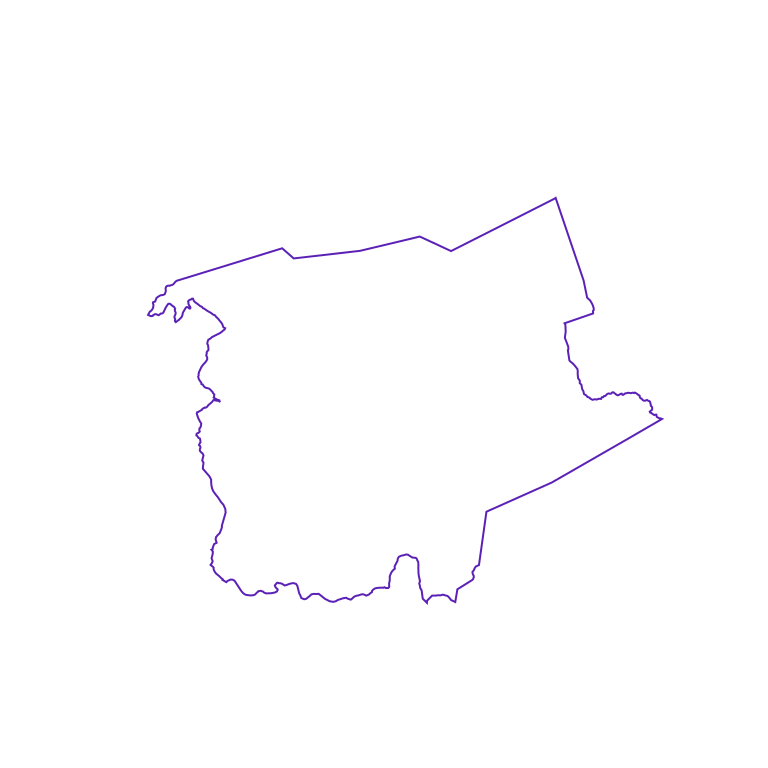 the district of San Francisco Sola, Oaxaca, Mexico, rotated 314°
{"feature_id": "50627088B91493319317799", "entity_name": "San Francisco Sola", "entity_type": "district", "adm_level": 2, "iso_a3": "MEX", "parent_name": "Mexico", "parent_adm1": "Oaxaca", "projection": "robinson", "projection_center": [-96.931, 16.519], "detail": "fine", "context": "isolated", "style": "outline", "palette": "violet", "viewbox_px": 768, "rotation_deg": 314, "n_neighbors": 0, "source": "geoboundaries", "source_scale": "gbopen_adm2", "svg_char_len": 6130}
<svg xmlns="http://www.w3.org/2000/svg" viewBox="0 0 768 768"><g transform="rotate(314 384 384)"><path d="M411.6,231.8L410.9,216.5L314.1,163.1L312.3,162.9L309.5,163.2L308.4,162.9L307.8,162.5L305.9,161.7L305.2,160.8L304.0,159.9L302.7,159.7L301.1,160.4L299.3,162.5L297.9,163.2L296.3,163.9L294.7,163.3L292.5,161.6L289.1,160.7L287.7,160.6L284.3,162.1L282.4,161.1L281.6,161.6L280.8,163.2L279.8,163.9L278.9,164.7L276.9,165.5L274.8,165.6L273.3,165.3L269.8,166.3L270.1,167.0L270.6,168.7L271.6,169.9L272.3,170.3L273.2,170.1L275.2,170.8L275.7,171.3L276.9,174.0L277.8,174.3L279.6,174.5L280.2,175.1L281.0,175.6L282.0,175.7L287.3,173.9L291.3,173.1L292.4,173.5L293.1,174.6L293.3,178.2L293.7,179.3L293.0,181.6L292.1,181.9L291.3,182.9L290.9,184.0L290.4,184.8L289.6,185.4L287.0,186.4L286.2,187.1L285.8,188.6L284.5,189.4L283.9,190.2L283.9,191.3L286.4,191.6L287.3,191.9L291.7,191.9L294.0,190.9L295.0,190.1L296.0,189.7L301.2,188.4L302.4,188.7L302.9,189.5L303.1,190.3L303.0,191.3L303.4,192.0L304.1,192.0L304.7,191.4L305.0,190.5L305.1,189.5L305.8,187.6L306.9,186.6L307.2,185.8L308.4,185.5L309.9,185.9L311.0,186.6L311.8,186.5L312.7,187.3L311.8,189.2L311.6,190.6L311.7,191.8L312.2,195.3L312.3,197.4L313.0,199.4L312.8,201.1L313.3,202.3L313.9,206.2L314.9,210.0L315.3,213.2L316.0,214.7L315.7,216.6L315.7,219.8L315.4,221.3L315.1,224.3L314.8,225.7L314.5,226.5L313.2,229.1L313.8,231.0L312.4,231.5L310.4,231.1L309.4,231.1L306.9,230.7L298.9,227.9L297.8,227.6L296.4,227.6L293.8,226.9L291.9,227.7L290.1,229.0L289.7,230.4L288.7,231.7L286.7,234.0L285.7,234.2L285.0,234.1L283.6,234.4L282.6,235.5L281.1,236.2L280.2,238.5L278.9,239.7L277.6,240.1L274.7,240.5L273.7,240.4L271.7,240.5L269.3,240.9L264.5,242.5L262.6,243.5L261.4,244.7L260.2,245.2L258.9,247.4L258.3,249.6L258.1,251.5L257.1,252.7L257.7,254.1L257.2,255.8L257.2,257.4L257.4,258.2L259.1,261.2L259.3,262.7L259.1,266.5L258.6,267.8L258.6,269.2L257.0,270.4L255.9,270.9L256.8,274.7L257.9,276.9L256.9,278.6L257.2,276.8L256.3,275.9L255.6,275.0L254.1,272.5L251.8,272.8L246.6,272.3L245.5,272.5L244.1,272.5L243.0,272.1L242.7,271.5L241.9,271.3L240.7,270.8L240.0,270.7L238.9,270.9L234.9,269.8L233.9,269.2L232.6,269.9L230.9,273.1L230.1,274.8L229.8,276.1L229.2,277.4L228.7,279.9L227.2,281.1L225.1,282.2L223.9,282.1L222.5,283.2L221.8,284.5L220.0,284.5L218.9,283.9L217.8,283.9L216.7,284.7L216.9,285.7L216.4,288.0L216.9,289.6L215.7,291.2L214.6,292.5L212.8,292.8L211.5,293.4L211.6,294.9L210.7,296.2L209.0,296.9L208.0,298.1L207.8,300.0L208.0,301.2L207.8,302.5L207.1,303.9L205.4,304.8L202.7,306.4L202.3,307.6L202.2,308.5L201.3,309.4L198.9,311.1L197.2,312.6L196.4,321.8L196.1,323.3L195.1,326.1L192.7,328.5L190.8,330.8L189.2,333.4L188.2,335.9L187.5,340.1L187.1,343.5L185.8,349.1L185.6,352.3L183.9,356.6L181.5,359.4L169.1,366.0L168.8,366.6L167.3,367.5L162.6,369.4L161.4,369.4L159.3,369.3L158.2,369.5L157.1,369.5L156.3,370.2L155.4,370.6L153.5,373.9L150.8,373.0L147.5,374.4L146.3,375.4L144.9,375.0L144.7,377.0L144.4,377.5L142.6,378.9L140.6,380.1L139.3,380.7L138.7,381.3L137.5,383.9L135.6,384.6L133.4,384.9L133.7,388.2L133.6,388.9L132.5,390.0L132.2,390.5L131.8,391.4L131.3,392.9L131.0,395.0L131.3,398.7L131.3,402.2L131.5,403.7L130.9,403.9L131.9,408.2L133.5,408.2L136.8,409.5L138.1,411.1L138.4,412.0L138.6,413.5L136.0,425.0L135.7,427.5L135.9,429.7L136.6,431.4L137.4,432.5L138.8,434.4L140.7,436.3L141.7,436.9L143.0,437.5L146.0,437.5L147.1,437.7L147.6,437.5L149.6,439.0L150.6,441.1L150.7,442.9L151.2,443.8L151.4,444.6L152.7,445.8L154.9,448.0L158.4,450.5L159.4,450.7L160.3,451.1L161.7,450.7L162.3,450.3L162.5,447.1L163.1,445.5L164.3,445.2L165.2,445.3L166.1,445.1L166.8,445.2L167.3,445.7L167.6,446.6L168.8,448.0L169.5,449.7L170.1,452.5L171.6,453.5L173.5,454.3L176.0,455.7L177.8,457.1L179.1,459.5L178.6,461.9L174.6,468.3L173.6,471.1L172.6,473.2L173.7,476.1L175.3,477.2L179.5,477.8L182.2,477.9L184.3,479.3L186.0,481.3L187.7,482.8L188.5,491.1L189.3,493.4L189.9,495.7L192.1,498.9L194.4,500.3L196.6,500.8L198.9,502.1L201.1,503.2L203.9,505.2L204.5,507.4L205.8,509.9L207.8,510.2L209.8,510.2L211.7,510.8L214.6,512.7L216.8,513.8L218.2,515.0L219.0,516.8L219.4,518.2L222.0,519.4L224.1,519.5L225.8,519.9L226.9,519.1L228.9,519.1L230.9,519.6L233.0,521.1L235.4,523.3L236.9,525.0L238.1,525.5L238.5,527.1L240.3,528.8L241.7,528.7L242.9,527.4L244.5,525.9L246.6,524.7L249.7,521.7L252.3,520.6L254.4,520.0L256.6,519.9L258.7,520.1L260.2,518.3L266.3,516.5L267.8,515.3L270.0,514.7L272.7,515.8L274.6,517.2L276.4,518.1L277.8,519.6L278.2,521.8L278.9,525.0L281.0,527.6L281.0,529.1L280.1,530.8L279.9,532.0L277.8,534.4L275.6,536.4L271.6,540.5L269.8,542.9L267.2,546.8L265.0,547.9L263.7,550.1L262.5,551.6L261.7,554.4L256.5,561.0L256.4,566.9L258.1,565.5L265.2,565.6L267.4,567.9L269.6,569.7L271.4,571.6L273.3,572.6L275.7,577.1L275.6,579.7L275.2,582.4L276.7,586.7L287.3,579.4L304.6,583.7L305.6,583.6L307.4,582.8L308.4,581.7L308.8,580.1L310.2,578.2L312.3,578.0L315.2,577.0L316.7,576.9L319.7,578.1L363.3,546.4L429.6,573.1L515.0,597.8L552.0,608.3L551.5,606.9L550.6,605.9L549.8,603.1L551.1,601.2L550.5,600.6L549.4,600.0L549.1,598.6L548.8,596.3L548.3,595.3L548.7,594.4L551.7,594.7L553.1,593.6L553.7,592.4L553.7,591.0L554.6,590.1L556.1,587.4L555.9,586.6L555.5,585.9L555.2,584.2L553.8,583.7L552.6,582.7L552.2,581.4L552.4,579.3L551.9,578.5L552.4,576.9L553.2,575.9L552.7,573.9L552.7,572.7L552.1,570.4L551.4,570.3L550.5,568.9L548.9,568.0L547.5,565.9L544.5,563.9L542.5,563.7L541.9,563.1L542.2,561.7L541.2,561.0L540.1,560.8L538.3,560.1L538.0,559.5L537.7,558.2L537.4,554.8L536.4,554.0L534.8,554.0L534.1,553.5L533.3,552.2L531.9,551.5L529.2,551.5L528.2,550.7L526.8,550.8L525.7,549.9L524.1,550.5L522.7,548.9L521.7,548.3L520.5,547.8L519.6,546.3L517.5,545.0L516.8,542.8L516.9,541.2L516.0,539.3L516.3,537.6L515.7,534.8L517.3,532.5L518.0,530.1L520.6,526.5L520.6,524.2L522.4,522.6L523.0,519.6L525.8,516.3L527.8,514.5L529.1,512.8L529.7,508.7L529.9,505.5L529.6,501.9L529.8,500.9L536.0,492.8L536.9,492.6L538.8,490.7L542.9,482.0L547.9,478.3L552.7,473.2L553.1,471.7L580.0,485.4L581.7,483.6L583.1,483.4L584.5,481.7L585.8,479.2L586.8,476.2L587.3,474.2L587.2,470.2L597.1,455.7L637.1,378.2L636.0,378.0L526.2,339.9L514.9,307.3L463.2,274.3L411.6,231.8Z" fill="none" stroke="#5b21b6" stroke-width="2"/></g></svg>